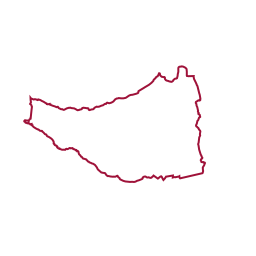 the district of Zipacón, Cundinamarca, Colombia, rotated 57°
{"feature_id": "7082276B87825426201074", "entity_name": "Zipacón", "entity_type": "district", "adm_level": 2, "iso_a3": "COL", "parent_name": "Colombia", "parent_adm1": "Cundinamarca", "projection": "orthographic", "projection_center": [-74.398, 4.753], "detail": "fine", "context": "isolated", "style": "outline", "palette": "rose", "viewbox_px": 256, "rotation_deg": 57, "n_neighbors": 0, "source": "geoboundaries", "source_scale": "gbopen_adm2", "svg_char_len": 5758}
<svg xmlns="http://www.w3.org/2000/svg" viewBox="0 0 256 256"><g transform="rotate(57 128 128)"><path d="M113.9,187.1L114.5,185.6L114.8,185.4L115.9,185.4L116.2,185.1L116.4,184.7L117.5,184.1L118.2,184.0L118.4,183.3L119.7,183.4L119.9,182.7L120.4,182.5L121.0,182.5L121.8,182.9L123.2,183.3L123.6,183.3L125.0,182.9L125.5,182.9L126.3,183.0L127.1,182.5L128.6,182.4L129.2,182.3L129.6,181.9L130.5,181.0L131.3,180.5L131.4,180.3L131.7,180.1L132.4,180.1L133.1,179.9L134.1,179.9L134.7,179.4L135.0,179.2L135.6,179.2L137.4,177.9L138.2,177.5L139.0,176.7L140.6,176.0L141.1,175.8L143.6,175.6L144.5,175.6L145.4,175.8L146.5,175.8L150.8,174.6L151.3,174.0L151.9,173.5L153.0,172.1L153.5,171.8L154.1,171.7L154.7,171.9L155.3,171.8L156.7,171.5L157.3,171.2L157.5,170.7L159.2,169.0L160.8,167.0L161.0,166.4L161.4,166.0L162.0,165.0L162.1,163.4L162.3,162.9L162.6,162.8L162.9,162.8L163.6,163.0L165.4,162.4L166.1,162.6L166.8,162.5L167.7,162.0L169.8,160.7L171.4,159.3L174.3,155.7L175.4,153.8L176.2,152.8L176.8,151.8L177.1,150.7L177.2,149.2L177.8,147.3L178.4,144.2L178.4,143.6L178.3,143.3L178.0,142.9L177.6,142.7L177.5,142.1L177.5,141.3L177.8,140.4L178.2,139.8L178.7,139.5L179.1,139.4L179.7,139.1L180.2,138.5L180.6,137.5L181.3,137.1L181.6,136.7L182.0,136.4L182.3,136.0L182.4,135.1L182.2,134.5L182.2,133.7L181.8,132.5L186.7,130.5L186.4,127.6L186.5,126.7L186.7,126.4L187.5,126.3L189.9,126.6L190.9,126.6L190.4,124.6L189.5,122.5L189.8,122.0L192.3,116.2L193.9,117.4L194.2,116.4L194.8,115.3L195.1,115.1L196.4,111.7L196.4,111.2L197.1,111.6L198.1,111.8L198.6,111.7L206.4,90.3L206.3,89.8L205.0,88.4L203.9,88.0L203.2,87.5L202.3,87.1L201.8,86.7L201.4,85.9L200.7,84.4L199.7,83.1L199.3,82.5L199.0,82.5L198.6,83.2L198.1,83.5L197.7,83.3L197.6,83.5L196.6,84.9L196.1,84.7L195.0,84.7L194.5,84.4L194.1,83.9L193.9,83.0L193.9,82.4L193.6,82.0L193.3,81.8L192.4,81.9L191.0,81.5L189.9,81.5L184.9,80.1L180.9,78.3L179.8,78.0L179.4,77.6L178.8,76.8L174.6,73.3L174.0,72.2L173.5,71.5L172.4,71.1L171.8,70.6L170.3,69.2L169.6,69.0L167.7,69.3L166.8,69.0L166.1,69.1L165.8,69.3L164.8,69.4L163.9,69.8L163.7,69.8L163.0,69.6L162.5,69.1L162.1,68.4L161.7,67.8L159.9,66.0L159.7,65.1L159.4,64.5L158.8,63.8L158.0,62.7L158.1,61.7L158.0,61.4L157.0,61.1L156.3,60.7L155.9,60.7L155.6,60.8L155.3,61.0L154.9,61.3L154.4,61.3L154.1,60.7L153.9,60.5L152.4,60.5L151.5,59.7L151.0,59.6L148.1,58.5L147.6,58.5L146.6,58.3L146.3,58.2L145.2,57.6L144.2,57.6L143.7,57.4L143.2,56.9L143.1,56.6L143.2,55.5L143.1,54.2L143.3,53.8L143.8,53.3L144.0,52.9L144.0,52.4L143.9,52.2L143.3,52.1L143.3,51.7L142.8,51.3L139.3,49.8L137.5,49.3L131.2,47.1L130.5,46.9L129.4,46.9L128.5,46.6L128.1,46.6L127.1,46.4L122.8,45.9L120.8,45.1L120.2,44.6L117.4,49.2L116.8,49.8L116.5,50.2L116.0,50.1L112.8,48.0L110.5,46.8L109.8,46.8L108.6,47.1L106.7,48.2L105.9,49.0L105.5,49.5L105.4,50.2L104.9,50.8L104.6,51.8L104.7,52.5L105.0,53.0L105.8,53.6L107.7,54.8L108.4,55.3L109.9,56.9L111.4,58.1L112.9,59.8L112.9,60.4L112.3,61.6L112.3,62.4L112.5,63.8L113.0,64.6L113.1,65.9L112.8,66.7L112.0,67.3L111.5,68.0L110.6,68.5L109.6,69.5L108.5,70.2L107.1,70.3L106.7,70.2L106.1,69.7L105.6,69.6L105.1,69.7L104.9,70.0L104.4,70.8L103.4,71.7L103.3,71.9L101.5,72.3L101.0,72.2L99.8,71.7L99.4,71.7L99.0,72.1L99.1,72.4L99.6,72.9L100.8,75.0L100.6,76.0L100.8,77.3L101.2,77.8L101.5,80.1L102.3,81.1L102.9,83.7L103.2,86.8L103.0,91.8L103.0,93.1L102.8,98.6L102.9,99.3L103.8,100.0L104.0,100.2L104.1,100.8L103.7,102.6L102.8,105.4L102.5,106.3L101.8,107.6L101.5,108.8L101.4,109.7L101.5,112.9L101.4,113.7L100.6,115.7L99.3,117.7L97.8,119.5L97.7,120.3L97.1,121.4L97.0,123.3L97.3,123.9L97.4,124.7L97.7,125.3L97.8,126.1L97.7,128.0L97.1,130.1L96.7,130.6L95.4,131.7L95.4,132.5L95.8,133.3L95.2,134.3L95.3,136.7L94.8,138.1L94.4,140.5L94.1,141.1L93.9,141.7L93.0,142.7L92.8,144.9L92.9,145.4L93.3,146.4L93.3,147.0L92.5,148.7L92.1,150.4L91.7,150.8L91.4,150.9L91.0,150.9L90.1,150.6L89.8,150.7L89.5,150.9L88.9,151.9L87.8,153.0L87.1,154.0L86.8,154.2L86.4,155.3L86.4,155.6L86.9,156.4L86.8,157.4L86.3,158.4L86.3,158.9L85.7,160.5L85.0,161.0L84.1,161.4L82.3,162.4L80.4,164.7L79.6,165.2L79.4,165.8L78.9,166.4L78.4,168.0L78.2,168.7L78.0,171.3L77.8,172.0L77.2,172.5L76.3,173.0L75.9,173.8L75.5,174.1L74.6,174.6L73.7,175.2L73.5,175.3L72.6,175.2L72.0,175.3L71.8,175.6L71.7,176.3L71.6,176.6L70.0,177.6L68.6,178.8L66.1,180.6L65.8,180.3L65.1,181.0L65.0,180.9L64.5,182.3L63.7,183.1L63.1,182.9L62.2,183.5L60.0,184.5L58.1,185.7L57.3,186.0L56.1,186.8L55.7,187.4L55.2,187.6L55.1,187.8L55.4,188.4L55.3,188.7L54.0,189.5L53.1,190.4L53.0,190.9L52.7,191.6L51.4,192.5L51.1,192.8L51.0,193.2L49.6,193.3L51.1,194.2L51.8,194.6L52.4,194.8L53.7,195.5L54.1,196.1L54.2,196.6L54.5,197.0L55.3,196.7L56.4,196.6L57.0,196.9L57.6,196.9L58.0,197.1L60.6,199.3L66.9,204.4L66.8,204.5L67.1,204.7L67.0,205.0L67.3,205.9L67.2,206.1L67.8,207.3L68.1,207.5L66.8,208.4L66.0,209.6L65.6,209.9L65.4,210.1L65.4,210.4L65.5,210.9L65.7,211.2L66.0,211.4L66.7,211.1L67.8,211.0L68.5,210.2L68.9,210.1L69.3,209.8L69.3,209.3L69.5,208.9L70.4,208.7L70.9,208.1L71.7,208.0L71.8,207.7L72.0,206.9L72.1,206.6L72.8,207.0L73.0,206.9L73.0,207.3L73.3,207.2L73.3,206.9L74.1,206.9L75.8,206.6L78.6,205.3L80.4,204.2L80.5,203.9L81.1,203.7L82.2,203.4L82.6,203.1L83.3,202.1L84.0,201.9L84.0,201.7L84.6,201.7L85.8,201.3L87.9,201.0L89.0,200.1L90.4,200.3L90.9,200.2L91.2,200.1L91.5,199.8L92.5,199.2L94.8,198.2L96.3,197.8L96.9,197.7L98.1,197.8L98.4,197.7L99.5,198.0L100.5,198.8L100.9,198.8L101.1,198.5L101.3,198.4L101.6,198.4L102.3,198.7L102.6,198.6L103.6,197.9L103.8,197.6L104.1,197.5L104.6,197.8L104.8,197.8L105.2,197.4L105.4,197.4L105.7,197.9L106.0,197.9L107.4,197.4L107.6,197.2L107.6,196.7L107.8,196.5L108.5,196.6L109.1,196.0L109.9,195.5L110.4,195.0L111.2,193.7L112.1,192.5L112.1,192.3L111.8,191.8L111.9,191.0L112.8,190.2L112.9,189.7L113.0,187.8L113.2,187.5L113.9,187.1Z" fill="none" stroke="#9f1239" stroke-width="2"/></g></svg>